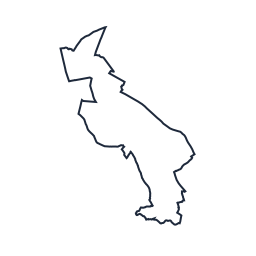 outline of Tetlatlahuca, Tlaxcala, Mexico, rotated 135°
{"feature_id": "50627088B49898192612493", "entity_name": "Tetlatlahuca", "entity_type": "district", "adm_level": 2, "iso_a3": "MEX", "parent_name": "Mexico", "parent_adm1": "Tlaxcala", "projection": "robinson", "projection_center": [-98.281, 19.233], "detail": "fine", "context": "isolated", "style": "outline", "palette": "slate", "viewbox_px": 256, "rotation_deg": 135, "n_neighbors": 0, "source": "geoboundaries", "source_scale": "gbopen_adm2", "svg_char_len": 5647}
<svg xmlns="http://www.w3.org/2000/svg" viewBox="0 0 256 256"><g transform="rotate(135 128 128)"><path d="M91.9,222.2L93.8,222.9L95.6,223.2L97.2,223.5L98.5,223.7L100.2,223.3L106.4,222.4L106.9,222.2L111.8,221.1L112.5,222.1L112.4,222.7L112.3,223.3L112.2,223.5L112.3,223.7L113.2,225.3L113.3,225.3L113.9,225.4L114.2,225.5L114.4,225.9L114.5,226.2L114.3,227.0L114.3,227.3L115.0,228.8L115.3,229.0L115.7,229.2L116.5,229.6L116.9,229.7L117.4,230.3L119.5,231.9L126.3,221.0L127.7,218.7L130.2,214.7L132.1,211.8L132.4,211.2L134.5,207.0L136.6,202.7L136.1,202.3L135.2,201.8L132.3,199.8L131.8,199.4L131.7,199.4L131.6,199.2L128.9,197.3L119.3,190.7L118.7,188.7L121.1,187.2L124.0,185.2L124.9,184.6L125.8,182.9L126.9,180.9L127.1,180.6L128.0,178.7L129.2,176.5L129.5,176.2L130.3,174.8L130.8,173.8L131.1,173.1L131.2,172.9L131.4,172.5L132.3,169.1L140.5,178.7L140.7,179.5L140.8,180.4L142.4,179.5L146.5,176.9L153.0,173.0L152.7,170.7L152.7,166.1L152.9,165.2L153.0,164.6L153.4,164.0L153.6,163.5L154.6,161.6L155.1,160.7L155.3,159.8L155.9,158.4L156.6,157.1L157.1,156.1L157.5,155.0L157.7,153.3L157.7,151.3L157.6,148.8L157.7,146.3L158.2,145.4L158.9,143.6L159.4,142.5L160.0,141.0L160.2,140.3L160.2,138.9L159.7,138.0L159.5,137.1L158.1,133.3L157.4,131.6L155.9,129.9L154.0,127.7L153.5,127.3L152.7,126.4L151.8,125.6L151.3,125.1L149.8,123.6L148.8,122.4L148.4,122.1L148.0,121.8L147.6,121.7L146.9,121.5L146.3,121.2L145.3,120.9L145.0,120.7L144.9,120.6L144.4,119.8L143.7,119.2L143.8,118.9L144.1,118.6L144.2,117.9L144.1,117.5L144.6,117.5L145.7,117.5L147.5,117.3L147.6,116.2L147.8,115.1L148.1,113.4L148.4,112.6L149.4,111.9L149.7,111.7L150.3,107.7L150.2,107.7L149.5,107.7L149.3,107.8L148.8,107.9L147.8,108.2L147.6,108.2L147.3,108.3L146.8,108.5L146.1,108.5L145.9,108.6L145.4,108.7L145.0,108.8L144.0,108.7L143.9,108.8L143.0,109.4L142.9,109.4L142.9,109.1L142.9,108.9L143.2,108.4L143.4,108.1L143.2,107.8L143.1,107.4L143.2,106.8L143.4,106.0L143.4,105.7L143.5,105.5L143.7,105.2L143.9,104.1L144.1,103.2L144.9,100.8L145.2,100.6L145.4,100.3L145.7,99.6L146.0,98.8L146.6,97.6L146.6,96.8L147.0,96.0L147.3,95.2L147.7,94.6L147.7,94.1L148.3,93.4L149.8,90.3L150.2,89.2L150.5,87.9L150.7,87.5L150.8,86.9L151.8,85.6L152.1,84.8L153.1,83.2L153.4,82.8L153.4,82.2L153.5,81.7L153.7,81.4L154.1,80.1L154.7,77.3L154.7,76.2L154.9,75.5L154.8,74.7L155.0,72.9L155.1,72.2L155.6,70.5L156.1,69.5L156.5,68.8L157.1,68.2L157.4,67.6L158.4,66.1L158.8,65.8L159.2,65.5L159.5,65.1L160.0,64.7L160.6,64.0L160.9,63.8L161.9,63.2L162.3,62.4L162.8,62.2L163.6,62.2L163.9,61.8L164.1,60.8L164.3,59.9L164.5,58.9L164.6,58.7L165.0,57.6L165.0,57.4L165.2,57.0L165.3,56.7L165.5,55.6L165.9,55.6L166.1,55.7L166.4,55.9L167.0,56.7L167.6,56.7L167.8,56.9L168.1,57.0L168.8,57.7L169.9,58.9L170.2,59.2L170.6,59.4L171.0,59.6L171.5,59.8L171.5,59.7L171.9,59.8L173.3,60.7L173.8,61.0L174.3,61.8L174.6,62.1L175.2,62.7L175.7,62.5L176.4,62.3L177.2,62.1L177.8,61.8L178.3,61.6L178.9,61.6L179.9,62.3L180.4,62.6L180.9,62.7L181.3,62.5L181.8,62.1L182.3,62.2L182.7,62.2L183.3,61.2L183.4,60.6L183.4,60.3L183.1,60.0L183.0,59.9L181.3,59.4L180.4,59.0L180.2,58.4L180.0,58.2L180.0,57.2L179.8,56.7L179.7,55.1L179.2,54.5L179.3,54.4L179.1,53.7L179.1,52.9L179.2,52.3L179.4,51.9L179.3,51.6L179.4,51.2L179.7,50.9L179.9,50.3L178.0,49.3L178.1,48.8L176.6,47.7L176.0,46.6L175.8,46.7L173.5,45.6L174.6,45.4L174.4,44.8L174.1,44.6L173.9,44.2L173.5,43.8L173.1,43.4L172.8,42.8L172.6,41.3L172.5,39.5L172.5,38.1L172.5,37.8L172.1,37.1L171.3,36.8L170.5,36.2L170.1,35.9L169.0,35.8L167.4,36.0L166.6,35.9L166.1,35.5L165.8,35.1L165.8,34.7L165.4,34.0L164.2,33.3L163.6,32.8L163.4,32.3L163.4,31.5L163.7,30.7L163.7,29.6L163.6,28.8L163.5,27.3L163.3,26.8L163.1,26.4L162.8,26.2L162.6,26.0L162.0,25.7L160.4,25.2L159.8,25.1L159.6,25.0L159.4,25.0L159.1,24.8L158.8,24.1L157.2,24.9L153.8,27.3L152.1,28.4L152.5,30.8L153.1,33.3L151.1,33.9L150.1,34.3L149.3,34.7L148.6,36.1L148.2,35.9L146.8,38.3L145.9,40.2L145.6,40.1L144.5,39.1L143.9,38.9L143.7,38.8L143.4,38.6L142.6,38.1L142.3,37.9L142.2,37.6L141.9,37.5L141.7,37.5L141.4,37.8L141.2,37.9L140.5,37.9L140.3,37.9L139.9,37.6L139.8,37.4L139.7,37.4L139.5,37.2L138.8,38.4L138.2,39.9L137.9,40.2L137.6,40.6L137.4,41.1L137.1,41.9L136.8,42.2L136.7,42.6L136.3,43.2L136.3,43.4L136.2,43.6L135.9,43.7L135.5,44.2L134.7,45.0L134.3,44.6L134.0,44.3L133.8,44.1L133.2,44.1L133.1,43.8L133.2,43.3L133.2,43.2L133.1,42.9L132.2,42.7L131.7,49.9L131.4,52.3L131.3,53.1L130.3,56.9L128.2,61.2L127.2,62.9L126.8,63.9L126.6,64.3L126.1,64.2L125.1,64.0L124.7,63.9L124.7,63.7L124.2,63.4L123.8,63.4L122.6,62.8L122.0,62.7L120.4,62.0L119.6,61.8L118.7,61.9L117.8,62.1L117.1,62.4L116.2,62.5L115.1,62.5L114.3,62.5L113.5,62.3L112.7,62.0L111.1,61.6L110.2,61.4L108.8,61.4L107.3,61.5L106.0,61.3L105.3,61.3L104.6,61.3L104.2,61.5L103.7,61.6L103.5,63.2L99.5,62.4L99.0,64.2L97.6,67.6L96.7,70.8L95.8,75.3L95.1,77.6L94.0,80.2L93.5,81.9L93.3,83.2L93.5,84.7L93.6,85.6L93.5,86.7L93.6,87.7L93.7,88.4L94.4,89.6L95.3,91.2L97.5,95.3L98.6,98.1L98.8,99.3L99.0,100.7L99.5,103.7L99.9,106.1L99.7,108.8L99.8,110.6L99.9,112.0L100.1,113.7L100.2,115.3L100.4,120.3L100.8,128.3L100.8,131.5L101.2,135.2L101.5,136.4L102.2,139.7L103.4,144.1L106.0,153.8L107.7,158.7L107.1,158.9L104.9,158.9L104.8,160.1L104.5,160.4L103.7,161.8L103.5,162.1L102.6,161.9L102.2,162.3L101.1,161.7L100.8,161.7L97.8,163.0L102.4,179.3L102.6,180.0L100.1,180.5L99.9,180.5L99.7,180.0L99.0,179.1L98.3,178.0L98.1,178.1L95.6,194.7L95.6,195.2L95.9,195.9L96.2,196.4L96.7,196.8L96.9,197.2L97.2,198.8L96.9,199.8L97.6,200.2L99.1,202.4L99.8,202.9L96.9,204.6L86.5,209.3L84.8,210.1L83.6,210.5L83.2,210.7L82.8,210.8L81.3,211.5L73.3,214.9L72.6,215.1L73.3,215.6L79.1,218.1L81.0,218.7L84.5,220.4L85.9,220.6L90.3,221.3L91.9,222.2Z" fill="none" stroke="#1e293b" stroke-width="2"/></g></svg>